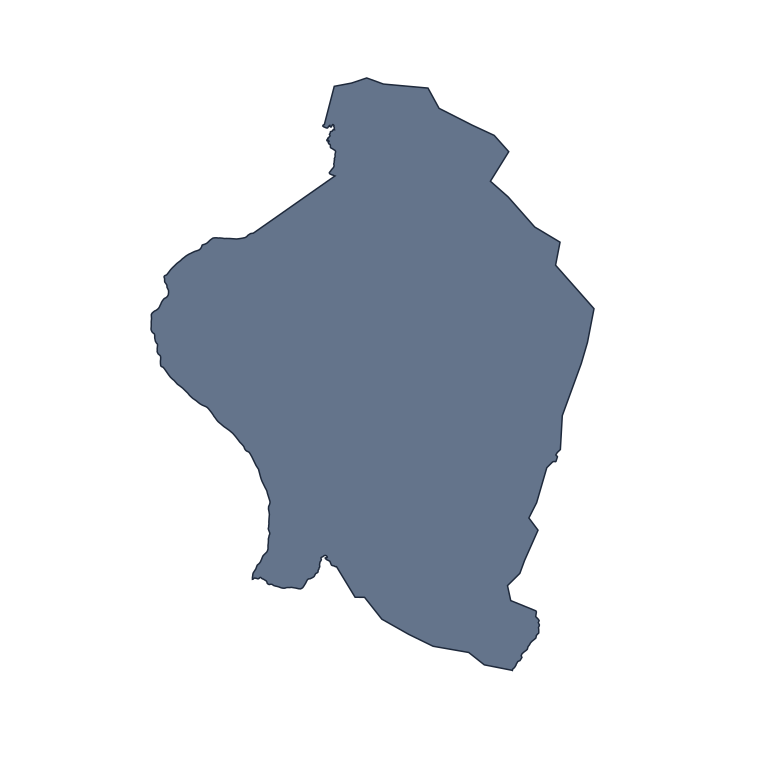 Ceceg, Hovd, Mongolia, rotated 350°
{"feature_id": "93677404B56822963744854", "entity_name": "Ceceg", "entity_type": "district", "adm_level": 2, "iso_a3": "MNG", "parent_name": "Mongolia", "parent_adm1": "Hovd", "projection": "equal_earth", "projection_center": [93.086, 46.341], "detail": "fine", "context": "isolated", "style": "filled", "palette": "slate", "viewbox_px": 768, "rotation_deg": 350, "n_neighbors": 0, "source": "geoboundaries", "source_scale": "gbopen_adm2", "svg_char_len": 6155}
<svg xmlns="http://www.w3.org/2000/svg" viewBox="0 0 768 768"><g transform="rotate(350 384 384)"><path d="M460.7,688.4L461.0,687.6L461.7,686.8L463.2,686.0L465.1,683.9L465.7,682.7L466.5,681.9L467.5,680.6L468.9,680.2L469.9,680.0L472.4,677.2L471.9,675.5L472.3,674.8L473.1,673.6L475.4,672.2L478.0,670.9L479.1,670.1L479.8,668.6L480.3,667.6L481.9,666.2L483.4,664.3L485.2,663.0L489.3,660.7L490.0,659.3L490.3,658.2L491.4,657.3L491.8,656.9L492.9,656.4L493.2,655.9L493.5,654.3L493.8,652.3L493.8,650.7L494.4,649.8L494.9,649.2L495.2,648.1L494.5,645.8L495.7,644.0L495.2,642.6L493.0,639.4L494.5,635.0L494.2,633.8L471.2,619.3L470.6,604.0L484.9,594.1L491.8,582.2L510.3,554.7L503.4,541.1L513.7,527.4L529.8,494.7L536.5,490.0L537.9,489.8L539.3,490.3L539.9,490.1L542.2,485.8L542.0,485.2L541.1,484.3L541.0,483.5L541.6,482.9L542.7,481.6L546.3,479.2L554.1,446.1L581.8,398.2L591.6,378.4L603.9,346.3L573.6,296.8L582.0,274.9L559.7,255.6L538.8,221.4L524.0,202.8L547.2,176.9L535.7,158.3L515.8,144.4L486.1,122.1L478.7,100.2L435.5,88.5L420.1,79.6L404.2,82.0L386.7,82.2L370.3,118.1L369.0,118.5L368.5,119.3L369.2,120.2L371.3,121.6L372.4,122.1L373.1,121.9L373.7,121.2L375.3,119.9L375.6,119.9L375.6,121.1L376.4,121.8L376.9,121.5L377.5,120.7L378.4,119.6L378.7,119.6L379.1,119.8L379.6,120.7L379.3,121.5L379.4,122.2L379.6,122.8L379.6,123.2L379.2,123.9L379.4,125.0L378.7,124.9L378.0,124.8L377.4,125.4L377.0,125.9L376.1,126.1L375.4,126.1L374.9,126.4L374.7,127.2L374.4,127.9L373.6,128.6L374.0,130.0L373.9,130.4L372.9,131.1L372.5,131.6L371.4,132.1L371.2,132.4L371.5,132.8L371.1,133.4L370.5,133.4L370.1,133.7L370.0,134.2L370.1,134.6L370.5,134.9L370.8,135.0L371.1,134.9L371.4,134.7L371.7,134.8L372.1,135.2L372.1,135.5L371.5,135.9L371.0,136.3L371.1,137.0L371.3,137.4L371.4,137.7L371.5,138.1L371.8,138.3L372.3,138.5L372.6,139.1L372.6,140.1L372.4,140.9L372.3,141.4L372.5,142.1L373.1,142.6L374.3,143.6L375.3,144.6L376.2,145.3L376.6,146.1L376.7,146.9L375.8,148.9L375.5,149.8L375.5,150.9L375.2,151.9L374.2,153.4L374.1,153.9L374.3,154.7L373.9,155.2L373.6,155.9L373.6,156.8L372.9,158.1L372.7,158.7L372.8,160.2L372.3,161.4L371.4,162.4L370.7,162.8L369.8,163.7L369.2,164.1L368.7,164.8L368.0,165.3L367.3,165.9L366.8,166.5L366.9,167.1L367.2,167.7L368.5,168.6L368.9,168.9L370.3,169.6L371.1,170.2L371.8,170.6L281.4,212.8L280.1,212.7L278.6,212.7L275.8,213.9L274.3,215.1L272.5,215.7L269.5,215.8L265.8,215.7L264.0,215.6L257.7,214.0L254.2,213.3L252.0,213.0L250.1,212.3L247.5,211.6L246.2,211.5L244.7,211.0L243.0,210.7L241.8,210.6L240.8,210.6L237.9,212.0L234.5,214.3L233.0,214.9L231.7,215.2L229.9,215.4L229.1,215.6L228.7,216.2L228.2,217.2L226.8,218.9L225.2,219.8L224.1,220.1L223.1,220.2L222.4,220.4L221.5,220.4L220.5,220.6L218.2,221.2L216.3,221.8L214.6,222.2L211.5,223.4L210.0,224.2L208.6,225.0L207.3,225.6L205.0,227.2L201.1,229.2L199.6,230.2L198.2,231.2L196.2,232.5L193.9,234.2L189.7,238.1L188.8,238.8L187.0,239.2L186.4,239.6L186.0,240.2L186.0,241.1L186.2,241.8L186.1,243.0L185.8,244.5L185.8,245.5L187.2,248.5L187.3,249.3L187.1,251.3L187.5,252.4L188.0,254.3L187.8,256.2L187.1,258.6L186.3,259.7L185.4,260.5L183.9,261.3L183.2,261.4L182.2,261.8L181.5,262.4L180.4,263.4L178.9,265.1L178.3,266.2L177.3,267.5L176.1,269.3L175.1,270.3L173.9,271.1L172.7,271.7L172.0,272.0L171.3,272.1L170.3,272.5L168.2,273.7L167.0,275.0L166.8,275.8L166.4,279.3L165.5,282.5L165.4,283.4L164.8,286.7L164.1,289.4L164.1,290.5L164.6,292.4L165.7,294.0L166.4,294.5L166.6,295.1L166.6,297.0L166.3,297.8L166.2,299.1L166.3,302.2L167.1,304.4L167.7,305.1L167.8,305.9L167.6,306.9L166.7,310.1L166.6,311.2L166.2,312.8L166.4,313.7L166.9,315.3L168.5,317.1L168.7,317.9L168.7,319.1L168.2,321.3L167.8,322.5L167.4,325.1L167.3,326.9L167.5,327.8L168.3,328.5L169.3,329.1L170.3,330.7L173.4,337.4L174.9,340.3L176.6,342.6L177.8,343.9L180.5,348.3L183.0,350.9L185.0,353.1L186.7,355.5L188.2,357.6L189.1,358.8L190.6,361.6L193.2,365.0L196.1,367.8L198.0,370.1L199.3,371.5L201.3,373.2L204.4,375.2L205.2,375.8L205.9,376.5L206.8,377.8L209.2,382.2L210.4,384.8L210.9,386.2L211.7,387.7L213.1,390.6L214.1,392.3L218.9,398.1L223.3,402.5L226.5,406.3L228.8,410.2L231.9,416.2L233.6,418.7L234.7,420.5L235.2,421.7L235.4,423.1L235.7,424.1L236.3,425.3L237.1,426.2L237.8,426.7L238.3,427.0L239.0,427.5L239.6,428.4L240.1,429.6L241.2,432.7L243.9,442.2L245.6,446.1L246.2,453.4L246.5,456.1L247.0,458.7L249.0,465.6L249.7,467.6L250.1,469.3L250.2,471.5L251.3,479.7L251.1,481.2L250.3,482.9L249.1,484.6L248.5,487.1L248.6,489.8L248.5,492.5L247.4,496.6L246.6,500.1L246.4,501.8L245.8,503.5L245.7,504.4L245.3,505.4L244.9,506.3L244.9,507.0L245.6,510.6L245.5,511.8L244.5,513.4L244.0,514.8L243.3,516.2L243.1,517.0L243.0,518.0L242.4,520.7L241.8,522.5L241.4,524.8L241.1,526.4L240.2,528.1L239.3,529.2L236.2,531.3L235.0,532.2L234.1,533.5L233.1,535.2L231.4,537.7L230.5,538.6L229.6,539.3L227.8,540.3L227.1,541.3L225.7,543.8L222.5,547.2L221.9,548.3L221.3,550.3L220.8,551.7L220.5,553.5L221.1,553.5L221.8,553.0L222.4,552.6L223.4,552.8L224.5,553.2L225.7,553.9L226.5,554.0L227.3,553.7L227.8,553.2L228.5,553.0L229.0,553.1L229.9,554.3L230.6,554.9L231.3,555.2L232.7,556.5L233.8,557.4L234.0,557.9L234.3,558.7L234.4,560.0L234.9,560.7L235.6,561.3L236.4,561.6L237.7,561.5L239.0,561.9L239.5,562.4L240.2,563.2L241.3,563.8L242.1,564.2L242.9,564.5L244.9,565.4L247.4,566.9L249.0,567.5L250.3,567.8L251.5,567.8L252.2,567.6L253.8,567.7L255.7,568.1L257.5,568.2L261.8,569.7L264.3,570.8L266.3,571.3L267.6,570.9L268.5,570.5L269.5,569.6L272.2,566.6L274.2,563.9L274.9,563.3L275.9,562.8L277.4,563.0L280.1,562.2L281.3,561.7L282.0,561.2L283.2,559.5L283.9,558.8L285.8,558.2L286.2,557.9L286.5,557.3L286.7,556.3L287.0,555.7L287.6,555.2L287.9,554.6L288.1,553.9L288.8,553.2L289.1,552.3L289.1,550.9L289.4,550.0L290.0,548.4L290.5,547.7L291.1,547.2L291.5,546.6L291.8,546.1L291.7,545.1L291.7,544.4L292.1,543.9L293.8,543.4L295.3,542.6L295.8,542.6L296.8,542.7L297.4,543.2L297.8,543.8L298.1,544.3L298.1,544.7L297.7,545.1L297.0,545.1L296.3,545.0L295.9,545.1L295.9,545.4L296.0,545.8L297.3,547.3L298.0,547.7L299.9,549.2L300.7,552.9L301.1,553.5L302.2,554.1L303.4,554.6L304.4,555.5L305.5,555.6L318.5,589.0L327.8,590.7L341.0,615.2L364.8,634.8L386.8,650.8L420.8,663.1L434.0,678.0L460.4,688.2L460.7,688.4Z" fill="#64748b" stroke="#1e293b" stroke-width="1.5"/></g></svg>